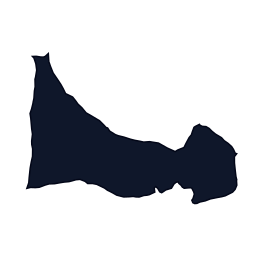 outline of Yagba East, Kogi, Nigeria, rotated 265°
{"feature_id": "59680162B47068494760958", "entity_name": "Yagba East", "entity_type": "district", "adm_level": 2, "iso_a3": "NGA", "parent_name": "Nigeria", "parent_adm1": "Kogi", "projection": "orthographic", "projection_center": [5.772, 8.137], "detail": "fine", "context": "isolated", "style": "filled", "palette": "ink", "viewbox_px": 256, "rotation_deg": 265, "n_neighbors": 0, "source": "geoboundaries", "source_scale": "gbopen_adm2", "svg_char_len": 2148}
<svg xmlns="http://www.w3.org/2000/svg" viewBox="0 0 256 256"><g transform="rotate(265 128 128)"><path d="M76.7,22.0L77.3,25.7L76.7,30.6L76.7,34.5L78.4,40.5L79.2,44.6L78.9,50.0L79.4,55.5L79.7,59.6L79.7,64.5L80.2,67.5L81.0,71.6L81.0,75.7L78.6,80.6L76.2,83.0L75.7,88.4L75.6,88.5L74.6,92.0L70.2,99.4L67.8,102.1L66.7,104.0L64.8,107.0L62.1,110.9L59.7,117.7L59.4,123.7L59.4,127.2L58.6,130.2L58.6,130.4L58.3,133.2L59.4,137.9L59.4,140.9L59.7,143.3L61.8,149.1L63.6,149.0L66.0,148.9L67.2,150.5L65.2,152.4L62.6,153.6L61.6,154.1L60.6,155.9L61.6,157.8L63.0,160.2L63.6,163.0L64.2,166.0L66.1,167.4L68.1,168.8L69.7,171.1L70.0,173.2L68.3,173.9L66.3,175.9L64.2,177.1L63.8,178.0L63.1,178.6L63.1,182.6L63.0,185.3L62.4,186.4L60.1,187.3L58.7,187.9L56.3,188.3L52.0,186.6L50.5,185.3L47.9,186.1L46.9,187.9L46.9,190.1L48.0,193.1L48.7,198.6L50.2,203.9L51.0,211.0L51.4,215.4L52.0,219.0L54.6,225.6L55.0,226.6L57.5,229.3L61.5,231.4L66.1,231.5L66.7,231.7L66.8,231.7L66.9,231.8L70.1,231.3L76.8,231.1L83.9,231.0L90.2,231.5L92.9,234.0L93.5,232.6L97.5,231.2L100.5,229.6L104.0,226.3L107.0,222.7L110.2,220.3L114.3,214.6L117.5,211.3L120.5,208.8L122.6,205.8L123.2,202.0L123.3,201.9L124.5,199.9L125.0,199.7L125.4,199.5L123.7,195.2L122.9,193.8L121.6,193.2L118.9,191.9L115.6,190.5L113.3,188.2L113.2,188.1L108.6,185.1L107.2,184.2L103.7,182.1L101.8,175.8L100.5,173.1L100.4,172.9L104.6,165.4L110.3,157.1L111.7,151.5L112.5,148.4L112.6,142.4L113.8,138.6L115.1,133.8L116.6,129.5L119.3,123.1L121.2,117.5L122.5,114.8L126.5,109.5L128.1,108.6L129.8,107.7L130.5,106.1L132.8,104.4L137.8,100.2L139.9,97.2L143.1,92.8L146.8,87.5L152.1,83.9L156.2,80.2L159.8,78.1L163.7,75.5L167.7,68.8L172.7,66.9L177.2,64.9L183.1,61.7L189.3,58.2L191.6,57.5L196.6,56.0L198.7,55.5L200.9,54.9L209.1,55.1L206.6,51.9L206.0,50.0L206.3,47.3L207.4,42.9L207.6,39.1L207.2,39.4L206.0,40.4L200.1,41.8L193.6,42.1L186.9,40.4L184.7,39.6L177.1,39.1L173.1,38.0L165.8,36.9L161.9,35.7L161.2,35.6L155.3,33.6L151.0,31.7L146.1,32.0L141.5,32.0L135.6,32.0L130.2,32.3L123.4,30.9L119.9,30.7L115.6,31.2L110.7,30.7L108.0,30.4L102.6,28.7L96.7,27.1L87.0,25.2L84.6,24.8L82.1,24.4L76.7,22.0Z" fill="#0f172a" stroke="#020617" stroke-width="1.5"/></g></svg>